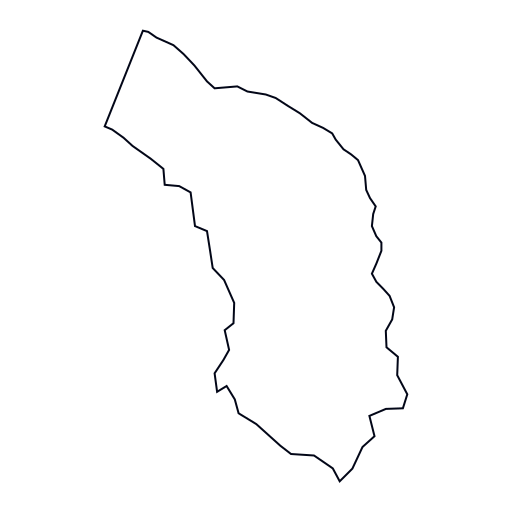 Prastio Lefkosias, Cyprus
{"feature_id": "46923920B44664776517554", "entity_name": "Prastio Lefkosias", "entity_type": "district", "adm_level": 2, "iso_a3": "CYP", "parent_name": "Cyprus", "parent_adm1": "", "projection": "albers", "projection_center": [32.934, 35.176], "detail": "fine", "context": "isolated", "style": "outline", "palette": "ink", "viewbox_px": 512, "rotation_deg": 0, "n_neighbors": 0, "source": "geoboundaries", "source_scale": "gbopen_adm2", "svg_char_len": 1074}
<svg xmlns="http://www.w3.org/2000/svg" viewBox="0 0 512 512"><path d="M339.7,481.3L352.4,468.6L362.5,447.0L374.5,436.2L369.4,415.9L385.9,408.9L402.9,408.3L407.3,394.3L397.2,375.2L397.9,356.8L386.5,347.3L385.8,330.8L392.2,319.4L394.1,307.3L389.6,295.9L383.3,288.9L376.4,281.9L371.9,273.7L376.4,263.5L381.4,250.8L381.4,242.6L376.3,236.2L371.9,226.1L373.2,214.0L375.7,206.4L370.0,198.1L366.2,189.9L365.0,175.9L358.0,160.1L351.1,154.4L343.5,149.3L335.7,139.6L332.2,133.4L323.1,127.9L312.1,122.9L299.9,113.3L287.9,105.9L275.7,98.0L265.8,94.5L248.6,91.7L247.4,91.5L237.3,86.4L214.6,88.3L207.0,81.4L194.4,65.5L183.6,54.1L173.5,45.2L156.5,37.6L148.3,31.9L142.9,30.7L104.7,126.4L112.2,129.6L123.6,137.8L132.5,145.9L150.8,158.8L163.4,168.9L164.7,184.8L179.2,186.1L190.6,192.4L195.0,226.1L207.0,231.1L210.2,251.5L212.7,268.0L224.1,280.0L234.2,302.9L233.5,323.2L224.7,330.2L229.1,349.9L223.4,360.0L214.6,373.3L217.1,391.8L226.6,386.0L234.8,399.4L238.6,413.3L256.3,424.1L280.3,445.7L291.0,454.0L314.0,455.5L332.8,468.4L339.7,481.3Z" fill="none" stroke="#020617" stroke-width="2"/></svg>